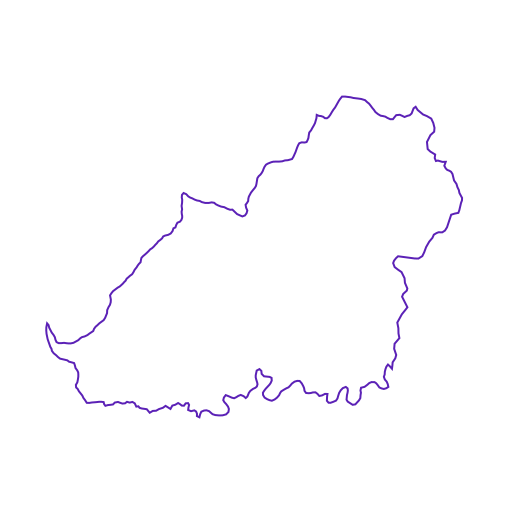 Tupaciguara, Minas Gerais, Brazil, rotated 104°
{"feature_id": "56859067B46869230194574", "entity_name": "Tupaciguara", "entity_type": "district", "adm_level": 2, "iso_a3": "BRA", "parent_name": "Brazil", "parent_adm1": "Minas Gerais", "projection": "albers", "projection_center": [-48.725, -18.573], "detail": "fine", "context": "isolated", "style": "outline", "palette": "violet", "viewbox_px": 512, "rotation_deg": 104, "n_neighbors": 0, "source": "geoboundaries", "source_scale": "gbopen_adm2", "svg_char_len": 6073}
<svg xmlns="http://www.w3.org/2000/svg" viewBox="0 0 512 512"><g transform="rotate(104 256 256)"><path d="M332.5,96.8L329.1,97.2L326.1,97.7L321.6,96.1L318.1,96.0L312.6,99.5L307.6,100.3L301.0,97.0L296.7,99.0L291.6,100.4L286.4,102.8L277.3,100.4L271.9,97.9L269.1,96.7L260.2,104.4L257.2,104.0L253.1,101.3L250.9,101.3L246.0,105.0L241.6,106.5L236.4,110.9L234.9,114.9L233.2,118.8L229.7,121.2L227.1,120.9L224.2,119.6L221.9,118.1L220.0,101.4L219.2,97.8L215.9,94.6L211.7,93.7L206.2,93.1L200.2,91.4L195.7,89.2L192.3,88.6L190.1,86.4L188.8,84.6L188.0,81.0L185.6,78.8L181.9,77.6L168.7,76.6L166.8,73.5L165.2,70.1L162.4,69.8L154.9,69.9L152.2,69.6L149.8,70.1L145.6,73.9L143.0,75.1L140.5,77.2L137.6,78.9L134.8,82.1L128.9,85.2L127.1,87.1L126.5,89.0L126.2,91.3L125.1,93.1L122.9,95.1L118.7,94.7L119.6,98.0L119.4,102.6L120.3,104.4L117.7,106.3L114.2,106.7L112.5,112.1L110.7,115.3L104.0,117.7L96.5,116.0L92.3,113.2L88.5,113.8L84.0,116.2L80.3,119.2L78.9,124.0L78.3,128.1L75.2,134.5L72.6,137.2L74.6,138.8L80.1,139.5L82.2,140.9L83.5,143.2L85.2,145.5L84.6,148.2L84.2,150.6L85.4,154.0L87.6,155.1L90.1,156.2L90.8,158.8L90.2,162.0L89.5,164.2L89.5,166.5L89.7,169.0L88.8,172.0L87.4,175.0L85.7,176.9L84.1,179.1L82.5,181.0L80.8,183.2L79.8,185.4L78.4,187.9L78.2,191.9L78.5,194.9L78.8,197.3L79.1,199.7L79.1,202.6L79.8,208.3L80.5,211.1L83.1,212.3L85.2,213.1L92.8,215.2L95.3,216.3L98.0,217.2L101.1,218.1L103.7,219.2L105.2,220.5L105.6,222.5L104.7,224.4L104.5,226.7L104.8,228.9L104.4,231.2L107.6,230.7L112.8,230.9L115.4,231.5L118.1,232.3L120.8,233.0L123.3,234.2L126.1,234.0L128.9,233.7L131.2,234.0L133.2,234.5L134.1,236.2L134.7,239.2L136.1,241.3L138.2,241.9L140.6,242.3L145.7,242.8L150.7,243.7L153.2,244.5L155.3,248.2L156.3,251.1L157.8,253.5L158.9,256.7L160.2,261.8L161.2,263.7L162.4,265.4L163.6,267.0L165.0,268.4L167.4,269.3L169.5,269.7L172.0,270.0L174.1,270.6L176.0,271.4L177.9,272.7L180.2,273.5L186.1,273.0L188.1,273.0L190.1,273.6L192.8,274.9L195.7,276.2L200.1,277.3L202.3,277.3L204.6,276.9L206.8,277.6L208.8,278.5L211.5,277.3L214.0,275.4L216.8,275.5L219.3,276.5L220.9,278.8L220.4,281.8L219.9,284.5L216.7,290.1L217.4,292.3L217.1,295.3L216.3,298.6L216.5,301.8L216.1,304.9L215.5,307.5L214.5,309.4L214.7,312.0L216.0,314.8L216.8,318.1L216.8,321.6L216.2,323.9L216.4,326.7L216.1,329.3L215.5,331.7L215.2,334.1L214.5,336.2L212.9,338.6L212.4,341.5L214.6,342.6L217.1,342.2L219.3,341.2L222.3,340.6L225.4,340.3L228.6,339.0L231.0,338.9L233.1,338.2L235.0,337.3L236.8,336.9L239.0,337.1L241.1,338.1L242.7,340.3L245.0,340.9L247.8,341.1L249.1,342.8L252.0,343.0L254.8,344.2L256.7,346.3L258.2,349.2L259.5,350.8L261.6,351.4L263.6,352.8L265.5,354.4L267.7,355.3L269.5,356.4L271.5,357.4L273.5,358.7L275.2,360.3L277.3,361.4L279.7,362.9L281.6,364.2L283.5,365.6L285.5,366.7L287.4,366.7L290.0,366.5L292.0,367.7L293.9,368.5L295.9,369.1L298.7,370.4L301.3,371.0L303.7,371.8L305.7,373.5L307.5,374.7L309.3,376.0L311.6,376.6L313.2,377.6L315.0,378.5L317.0,379.8L318.6,380.9L320.1,382.5L324.7,386.2L327.1,387.3L329.5,388.1L333.4,386.3L336.0,385.8L338.7,385.9L341.2,386.7L344.5,387.3L347.5,386.7L350.2,387.1L352.4,387.4L355.1,388.3L359.2,391.7L361.6,393.2L363.4,394.5L365.8,395.5L368.2,395.8L371.6,398.9L373.5,400.4L375.5,402.8L376.8,405.2L378.2,406.5L380.7,408.1L384.4,412.1L385.6,414.6L386.2,416.9L386.5,419.1L386.7,421.2L387.7,424.0L388.3,426.4L387.8,428.7L385.8,430.3L383.5,431.5L381.6,433.3L379.7,435.7L375.6,439.3L373.2,440.6L371.9,442.4L375.9,442.2L379.0,441.5L382.2,440.4L387.0,438.1L389.2,436.7L391.6,435.1L393.9,433.6L395.5,432.0L397.4,431.1L399.3,428.8L400.7,425.8L401.9,423.8L403.0,421.3L402.9,416.4L402.9,413.8L403.8,411.8L403.8,409.2L403.9,406.6L405.9,405.3L408.4,404.0L410.2,401.8L411.9,400.4L413.7,399.8L416.2,399.2L419.4,398.9L421.9,398.8L424.6,399.6L427.1,398.7L428.1,396.9L430.1,395.1L431.7,393.0L433.4,390.8L435.5,389.1L437.2,387.0L439.4,384.7L438.9,382.3L437.8,379.7L436.5,375.8L435.4,372.9L434.9,370.8L434.6,368.5L436.5,367.5L437.8,365.9L436.5,363.7L435.6,361.2L434.6,358.8L432.4,357.6L431.0,354.6L431.3,352.5L431.5,349.9L430.6,347.4L428.7,345.9L428.8,343.1L427.5,340.6L428.3,338.0L431.1,335.7L430.3,333.8L431.5,332.2L431.6,329.9L431.3,327.2L431.1,324.9L433.8,321.2L431.3,318.7L430.3,315.5L428.0,313.1L425.8,309.6L423.3,307.5L424.2,304.7L425.1,302.0L421.4,301.0L419.9,298.4L417.5,296.0L418.2,293.8L419.1,291.8L418.7,289.7L416.0,288.6L415.2,286.3L416.7,284.9L419.1,284.9L421.8,284.6L422.3,281.5L420.7,278.5L421.4,276.5L423.3,275.1L425.6,274.6L426.2,271.9L423.1,271.9L420.3,271.4L418.5,269.0L417.7,266.7L417.9,264.0L418.9,262.1L420.0,259.9L420.2,257.1L419.6,253.2L418.7,249.9L416.9,246.7L414.0,245.0L411.0,245.3L408.9,246.7L406.9,249.1L405.4,251.4L403.8,252.9L401.1,252.9L398.3,251.7L398.7,248.5L399.3,245.2L399.3,242.8L397.7,240.9L396.0,239.3L394.5,237.2L395.0,234.1L396.3,231.6L394.5,230.4L392.6,230.1L390.5,229.8L388.3,228.9L385.7,226.8L384.0,224.7L382.4,223.6L380.1,223.5L378.4,224.3L376.3,225.6L373.9,226.9L371.9,227.4L370.0,227.5L367.0,227.6L364.9,225.3L366.2,223.0L369.0,222.0L370.8,219.1L370.0,213.5L370.5,211.4L373.1,210.6L375.8,211.1L377.6,211.8L382.5,214.5L384.8,215.5L387.0,216.2L389.2,215.5L391.3,213.4L392.2,210.6L392.6,208.1L392.6,205.6L390.7,203.2L388.4,201.4L385.5,199.9L383.3,199.5L381.3,198.8L379.1,196.7L377.0,194.5L375.6,192.7L373.6,191.5L371.1,190.3L368.6,188.2L367.2,185.8L366.7,183.4L368.5,180.8L370.9,178.6L372.7,177.3L375.1,176.3L376.8,174.3L376.4,171.7L375.7,169.7L374.6,167.8L373.9,165.3L374.9,163.0L376.5,160.7L375.3,158.2L373.1,155.7L372.6,153.3L375.4,153.0L379.3,152.2L380.8,150.1L380.4,148.2L378.9,145.9L377.0,143.4L374.6,142.5L371.6,142.4L368.7,142.2L365.8,141.3L363.2,139.8L361.3,137.2L362.3,135.1L364.4,134.3L366.7,134.1L368.8,134.1L373.5,133.4L375.1,131.8L377.0,126.2L375.9,123.7L374.2,122.8L371.3,121.2L368.7,120.4L365.7,120.9L363.3,121.1L361.2,122.1L358.4,122.2L356.7,119.0L354.0,116.8L351.9,115.4L350.4,113.4L349.7,110.5L350.4,108.6L351.8,106.7L353.7,104.5L354.1,102.2L354.1,99.8L352.8,97.6L351.0,95.9L348.4,97.2L346.3,98.8L344.7,101.1L342.3,102.7L339.8,102.5L337.1,103.0L334.4,103.0L331.8,102.7L329.4,101.7L330.6,99.5L332.5,96.8Z" fill="none" stroke="#5b21b6" stroke-width="2"/></g></svg>